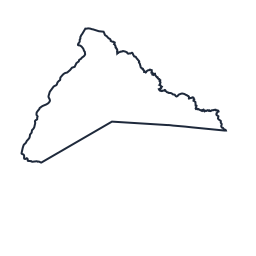 Chasefu, Eastern, Zambia (Albers equal-area conic projection), rotated 207°
{"feature_id": "96606910B72978673218668", "entity_name": "Chasefu", "entity_type": "district", "adm_level": 2, "iso_a3": "ZMB", "parent_name": "Zambia", "parent_adm1": "Eastern", "projection": "albers", "projection_center": [32.897, -11.923], "detail": "fine", "context": "isolated", "style": "outline", "palette": "slate", "viewbox_px": 256, "rotation_deg": 207, "n_neighbors": 0, "source": "geoboundaries", "source_scale": "gbopen_adm2", "svg_char_len": 5733}
<svg xmlns="http://www.w3.org/2000/svg" viewBox="0 0 256 256"><g transform="rotate(207 128 128)"><path d="M39.7,170.3L40.2,170.4L40.4,170.6L41.4,170.4L42.3,170.6L43.5,171.2L44.4,171.0L45.0,171.3L45.6,171.7L45.9,172.2L46.0,173.3L46.3,174.0L46.7,174.4L47.4,174.6L47.8,174.9L48.4,176.3L48.9,176.5L51.1,176.8L51.6,177.0L52.1,177.3L52.3,177.6L52.6,179.1L52.8,179.5L53.8,179.7L54.6,179.7L54.9,179.9L55.3,180.0L55.7,181.0L55.8,181.4L55.5,181.9L55.4,183.1L54.8,183.8L55.3,184.3L55.7,184.4L56.1,184.4L57.6,183.6L57.9,183.7L58.1,184.0L58.3,183.9L58.7,183.9L59.1,183.4L59.7,183.1L60.0,182.6L60.8,182.2L61.1,181.9L61.5,181.7L62.0,180.6L62.7,180.3L63.3,180.6L63.5,180.1L63.8,179.9L64.9,180.2L65.6,179.4L65.7,179.0L65.9,178.8L66.2,178.7L66.4,178.9L66.5,178.9L67.3,177.6L68.3,178.0L68.8,178.7L69.1,178.7L69.3,178.3L69.3,177.6L69.3,177.1L69.5,177.1L69.8,177.3L69.9,177.6L70.2,177.6L70.3,177.4L70.3,177.0L70.4,176.7L70.5,176.7L70.8,176.9L72.1,176.7L73.0,176.8L73.8,176.5L74.0,176.6L74.1,176.8L74.5,176.7L74.6,176.2L74.8,176.1L75.2,176.1L75.5,176.4L76.2,176.1L76.3,175.9L76.6,176.1L76.8,177.9L77.1,179.0L77.6,179.0L78.0,178.8L79.7,181.7L80.2,181.9L80.5,181.9L81.3,182.1L82.0,182.0L82.2,182.5L82.0,183.7L82.2,183.8L82.9,183.9L83.2,184.6L83.4,184.7L83.6,184.8L84.5,184.6L85.4,183.4L86.2,183.0L86.5,182.4L87.1,181.9L87.3,182.1L87.4,182.5L87.7,183.3L88.7,183.9L89.6,183.7L90.6,184.0L91.4,183.8L93.0,183.9L93.7,183.8L95.5,183.3L96.5,182.4L97.9,180.8L98.3,179.4L98.4,178.9L99.1,178.1L99.9,178.1L101.5,178.9L103.4,178.3L104.2,178.6L105.7,178.6L107.8,177.7L108.1,177.9L108.9,177.7L109.7,177.6L110.4,178.0L111.7,177.9L112.0,178.0L112.2,178.6L112.6,178.5L112.7,178.0L113.2,177.5L113.8,177.3L114.3,176.5L114.7,176.2L115.9,175.9L116.6,175.8L117.4,176.1L118.1,176.6L117.7,177.0L116.6,176.5L116.7,178.1L116.9,178.2L117.1,178.6L117.1,179.0L116.7,179.1L116.8,179.4L116.6,179.7L116.6,180.0L117.1,179.8L117.4,180.3L118.5,180.5L118.7,180.8L119.0,180.6L119.4,180.6L119.3,180.8L119.5,181.4L119.6,181.9L119.6,182.8L119.7,183.3L120.1,183.6L120.8,183.8L121.0,183.9L121.0,184.1L120.7,184.7L120.8,184.9L121.1,185.1L121.1,185.3L121.9,185.4L122.1,185.3L122.4,185.8L123.1,185.6L123.9,185.8L124.3,186.0L124.5,186.6L124.9,186.7L125.5,186.4L126.3,186.8L126.6,186.9L127.5,187.4L128.2,188.0L128.3,188.0L128.6,188.6L128.8,188.5L128.9,188.4L128.7,188.1L129.0,187.8L128.9,187.6L129.0,187.3L129.4,187.1L129.6,187.1L129.6,186.8L129.8,186.8L129.8,187.0L130.0,186.9L130.3,186.9L130.2,186.7L130.4,186.6L130.6,186.6L130.9,187.1L130.9,187.3L131.1,187.5L130.9,187.7L131.0,188.2L131.3,188.3L131.6,188.2L132.0,188.1L132.3,188.0L132.5,188.7L132.5,189.3L132.6,189.5L132.9,189.7L132.9,189.9L133.1,190.3L134.1,190.1L134.6,190.1L135.1,189.9L135.4,189.1L136.1,188.7L136.5,188.3L137.2,187.0L137.2,186.1L137.4,185.5L138.2,185.6L139.0,185.3L139.1,185.7L139.3,185.8L139.6,186.0L139.6,186.3L140.0,186.4L140.0,186.5L140.3,186.7L141.2,186.9L141.6,187.5L142.0,187.4L142.0,187.5L144.0,187.7L144.2,187.9L144.6,188.2L145.2,189.1L145.6,189.4L146.6,190.6L147.0,190.9L148.0,191.3L148.3,192.0L148.3,192.5L148.7,192.7L149.1,192.9L149.6,193.0L151.0,193.7L151.6,193.8L153.4,194.9L154.3,194.8L154.6,194.6L155.0,194.6L156.7,195.7L157.7,196.6L158.4,196.9L158.7,196.8L159.7,195.5L160.6,195.1L161.4,194.4L161.6,194.5L162.1,194.3L162.7,194.5L163.1,194.9L164.8,194.9L165.4,194.8L167.4,194.3L167.7,194.0L168.1,193.4L168.3,193.3L168.3,193.2L169.4,192.6L169.6,192.1L170.0,191.7L170.6,191.3L170.8,190.8L170.8,190.4L171.2,190.1L171.4,189.5L172.2,190.8L172.5,191.2L172.7,192.2L172.9,192.5L173.3,192.8L173.4,193.1L174.2,193.6L174.4,193.5L174.8,193.8L175.2,193.9L175.3,194.2L175.7,194.2L176.0,194.7L176.2,195.2L176.6,195.5L176.9,195.8L177.2,195.8L177.5,196.1L178.0,196.4L178.5,196.4L178.5,197.0L178.4,197.6L178.6,198.1L178.9,198.1L179.0,198.2L179.6,198.1L180.3,198.2L180.9,197.8L182.7,197.7L183.0,197.8L183.1,198.2L184.1,199.0L185.0,199.2L185.9,199.1L187.9,199.8L188.4,200.1L190.5,200.3L191.2,200.7L191.8,201.4L193.5,202.7L197.9,201.0L204.0,200.0L204.8,199.7L206.8,199.4L208.7,198.7L210.3,197.5L211.1,197.2L211.5,191.0L211.8,189.2L211.7,188.3L211.8,187.7L211.3,186.4L211.0,186.0L211.1,184.6L210.4,183.5L210.3,183.0L210.3,181.9L210.6,180.8L210.5,179.7L210.3,179.4L210.1,179.2L209.3,179.3L209.0,179.5L207.9,179.7L206.4,179.5L203.9,178.4L202.1,176.7L201.2,176.4L200.2,175.0L199.7,174.3L199.6,173.9L199.7,172.8L199.9,171.9L201.0,169.8L201.4,168.1L202.4,166.6L202.4,166.3L202.1,165.0L203.4,162.4L203.3,158.3L205.3,156.3L205.9,153.4L207.2,150.2L207.4,149.8L208.9,148.5L209.4,147.8L210.0,146.7L210.5,145.0L211.1,142.5L211.0,141.7L210.4,140.4L210.3,139.9L211.1,138.2L211.5,136.6L211.2,134.5L211.3,133.8L211.7,133.1L212.6,132.0L213.1,131.1L214.1,125.0L214.1,124.6L213.3,120.4L213.0,119.7L212.4,119.1L211.2,118.3L210.2,117.3L209.9,116.7L209.9,116.0L209.9,115.5L210.1,114.6L210.4,113.7L211.0,112.7L211.5,111.9L213.3,109.8L214.2,108.7L215.0,107.3L215.2,106.6L215.6,106.1L215.8,105.3L215.6,104.4L216.0,103.1L216.4,100.6L216.3,99.9L215.7,98.5L215.4,98.1L213.8,97.3L213.7,97.0L213.6,95.9L213.0,94.9L212.9,94.5L213.0,94.2L213.8,93.0L214.0,92.3L214.0,91.9L213.7,91.3L213.1,90.6L212.9,90.3L212.1,87.0L211.9,86.3L211.9,84.8L212.1,83.7L212.4,83.1L212.5,82.4L212.2,81.3L211.8,80.3L211.8,79.9L212.3,77.7L211.5,75.3L211.4,74.2L211.7,72.7L212.3,70.6L212.3,68.3L213.2,65.9L213.2,65.2L212.8,62.6L211.6,57.9L211.3,57.0L211.0,56.8L209.1,56.9L208.3,56.5L207.8,55.9L207.1,54.3L206.6,53.6L206.0,53.6L205.4,53.8L205.0,54.2L204.8,54.9L204.5,55.1L204.0,55.1L203.7,55.0L203.2,54.6L202.5,53.4L202.1,53.3L199.3,54.5L198.9,54.3L197.9,54.5L194.1,57.0L193.1,57.0L192.3,57.6L191.4,57.7L190.0,57.7L189.5,57.9L145.2,126.4L94.0,148.6L93.9,148.7L92.1,149.5L89.0,150.6L77.7,155.2L71.6,157.5L40.7,169.6L39.6,170.2L39.7,170.3Z" fill="none" stroke="#1e293b" stroke-width="2"/></g></svg>